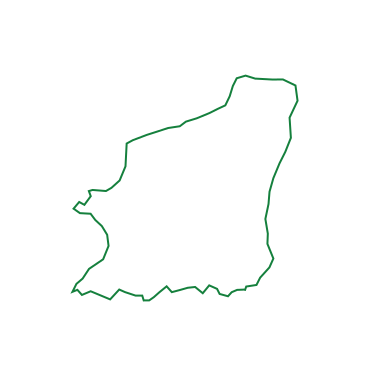 outline of Potamitissa, Limassol, Cyprus, rotated 204°
{"feature_id": "46923920B84846265665019", "entity_name": "Potamitissa", "entity_type": "district", "adm_level": 2, "iso_a3": "CYP", "parent_name": "Cyprus", "parent_adm1": "Limassol", "projection": "robinson", "projection_center": [32.989, 34.901], "detail": "fine", "context": "isolated", "style": "outline", "palette": "green", "viewbox_px": 384, "rotation_deg": 204, "n_neighbors": 0, "source": "geoboundaries", "source_scale": "gbopen_adm2", "svg_char_len": 1173}
<svg xmlns="http://www.w3.org/2000/svg" viewBox="0 0 384 384"><g transform="rotate(204 192 192)"><path d="M260.6,52.2L256.9,56.0L250.7,53.2L244.2,60.1L223.1,60.6L218.8,73.3L212.5,73.3L201.5,74.4L195.3,77.1L192.0,73.3L187.0,75.6L184.1,80.4L181.1,87.0L176.8,95.5L169.7,92.3L163.0,97.7L156.9,102.8L150.5,106.5L141.0,103.9L138.3,113.7L129.7,113.7L125.3,110.1L116.7,111.4L115.0,116.6L111.0,120.9L104.8,124.0L103.7,124.2L104.0,127.7L95.3,133.3L94.9,141.5L90.6,154.6L90.6,164.3L102.0,175.3L105.8,184.8L114.0,197.2L117.2,212.1L121.3,223.8L123.3,237.7L123.7,253.8L123.1,266.6L123.7,281.7L133.1,299.6L132.7,318.3L140.8,331.4L154.7,331.8L164.4,327.4L179.6,321.6L180.3,321.3L190.4,320.1L197.4,314.1L197.6,309.5L197.8,305.5L196.5,294.8L196.8,284.7L202.2,278.5L208.1,271.3L209.6,269.7L217.7,261.2L226.2,253.8L229.9,247.1L239.9,240.7L248.2,233.2L256.5,225.8L267.1,215.3L271.4,209.7L263.2,188.4L262.8,173.1L267.3,163.0L271.0,157.9L283.7,153.4L286.6,150.9L282.8,147.0L285.1,136.5L291.0,137.0L293.4,128.6L285.8,127.1L275.8,130.9L269.0,127.1L260.5,124.2L252.1,118.4L246.3,108.8L245.8,94.4L254.8,79.9L256.7,68.4L260.2,61.1L260.6,52.2Z" fill="none" stroke="#15803d" stroke-width="2"/></g></svg>